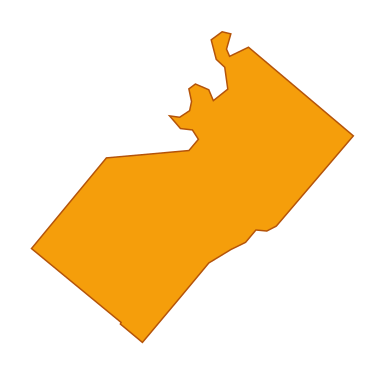 Sharkey, Mississippi, United States of America, rotated 220°
{"feature_id": "52423323B93324902631491", "entity_name": "Sharkey", "entity_type": "district", "adm_level": 2, "iso_a3": "USA", "parent_name": "United States of America", "parent_adm1": "Mississippi", "projection": "robinson", "projection_center": [-90.779, 32.88], "detail": "fine", "context": "isolated", "style": "filled", "palette": "amber", "viewbox_px": 384, "rotation_deg": 220, "n_neighbors": 0, "source": "geoboundaries", "source_scale": "gbopen_adm2", "svg_char_len": 598}
<svg xmlns="http://www.w3.org/2000/svg" viewBox="0 0 384 384"><g transform="rotate(220 192 192)"><path d="M133.3,105.6L133.5,148.5L125.2,173.0L118.6,187.9L118.6,204.0L109.6,210.2L105.5,220.1L104.5,338.7L241.8,339.2L250.4,320.1L257.4,323.6L263.9,338.1L271.9,334.1L275.1,320.9L258.7,309.2L247.1,308.6L230.7,293.8L234.4,275.7L244.9,281.1L258.8,276.9L260.7,269.0L250.5,261.0L246.1,252.8L249.5,241.3L258.1,235.9L241.6,233.2L231.6,239.8L221.0,236.5L221.0,221.8L279.5,163.1L278.6,45.5L253.8,45.7L162.5,46.5L162.0,44.8L133.3,44.9L133.3,105.6Z" fill="#f59e0b" stroke="#b45309" stroke-width="1.5"/></g></svg>